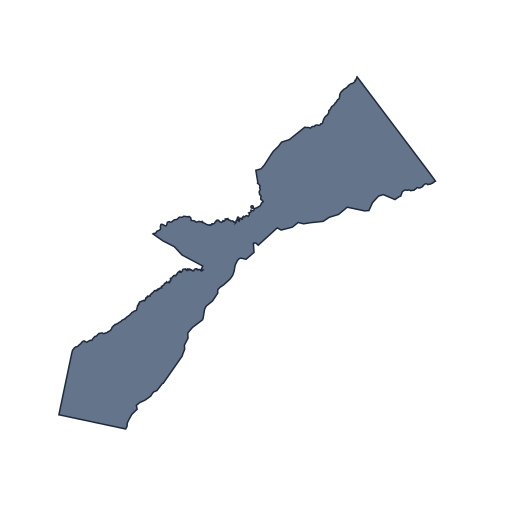 outline of Manoel Urbano, Acre, Brazil, rotated 12°
{"feature_id": "56859067B24533287655933", "entity_name": "Manoel Urbano", "entity_type": "district", "adm_level": 2, "iso_a3": "BRA", "parent_name": "Brazil", "parent_adm1": "Acre", "projection": "albers", "projection_center": [-69.938, -9.396], "detail": "fine", "context": "isolated", "style": "filled", "palette": "slate", "viewbox_px": 512, "rotation_deg": 12, "n_neighbors": 0, "source": "geoboundaries", "source_scale": "gbopen_adm2", "svg_char_len": 6131}
<svg xmlns="http://www.w3.org/2000/svg" viewBox="0 0 512 512"><g transform="rotate(12 256 256)"><path d="M238.0,172.2L242.3,183.2L242.4,184.6L243.7,185.1L244.8,185.9L245.5,187.1L245.2,188.1L245.5,188.8L246.1,189.4L246.3,190.2L245.8,192.0L245.8,192.8L246.5,194.3L246.7,195.1L248.6,196.4L248.5,197.7L248.9,199.6L250.7,200.4L251.8,201.5L250.8,202.4L250.2,203.4L250.1,205.0L249.4,206.3L246.6,208.8L244.3,210.0L244.6,210.7L244.2,211.9L243.7,212.4L241.6,212.1L241.5,212.7L242.0,213.7L241.5,214.4L239.9,215.3L240.6,215.9L240.9,216.3L240.7,217.8L240.1,218.9L238.6,218.4L238.0,218.5L236.9,219.9L236.3,220.1L235.6,219.7L235.1,220.2L235.0,222.5L234.7,223.1L233.9,222.9L233.5,222.1L232.2,223.2L231.6,222.6L231.2,221.9L230.4,221.6L230.0,221.9L229.8,223.2L230.1,223.9L231.6,224.2L232.4,224.7L232.3,225.5L229.7,224.6L229.3,225.3L229.2,226.2L229.5,227.2L229.0,228.0L229.0,227.4L228.1,227.2L227.3,227.5L227.1,227.0L225.8,226.5L224.2,227.0L222.8,226.3L222.2,226.5L221.0,225.9L220.8,225.2L218.5,226.1L219.1,226.5L218.5,226.8L218.2,227.7L217.6,227.9L217.5,228.5L217.0,228.6L216.4,228.5L216.6,229.1L215.9,229.5L215.3,230.3L213.6,230.1L212.9,229.8L212.5,229.3L212.0,228.9L211.1,228.8L210.4,229.0L210.4,229.7L209.6,230.0L209.6,230.8L209.0,231.2L208.5,232.8L207.3,233.6L206.6,233.5L206.1,233.8L206.3,234.4L206.0,234.8L205.5,234.8L205.1,235.4L204.6,235.1L203.8,235.2L203.4,235.7L202.6,235.5L201.0,235.4L198.8,234.6L197.2,234.5L196.9,233.9L196.4,234.1L196.0,233.5L195.7,234.1L194.9,233.9L194.0,234.1L193.2,233.9L190.5,235.4L188.6,234.4L185.3,234.7L184.2,232.2L183.3,231.6L182.3,231.2L181.6,231.8L177.1,232.1L176.1,233.2L174.9,233.7L173.0,233.9L172.0,235.1L171.7,236.0L170.3,237.1L169.5,237.2L168.3,237.8L166.4,240.2L165.9,240.6L165.0,240.7L163.9,240.4L162.3,241.4L162.1,244.5L161.7,245.2L160.9,245.4L158.4,244.6L156.8,244.6L156.4,245.0L156.3,247.1L157.0,249.2L156.9,249.8L156.2,250.8L153.9,252.4L153.2,254.3L152.6,254.8L151.1,255.3L150.6,255.8L161.6,260.5L174.2,263.9L183.4,270.4L206.0,276.9L205.7,277.9L205.9,278.7L205.4,279.2L205.3,279.8L205.6,280.3L206.3,280.7L207.0,280.7L206.1,281.8L205.6,282.0L205.2,281.2L204.7,281.5L204.4,281.0L203.6,280.9L202.5,281.2L202.1,281.7L201.3,281.7L200.8,280.7L200.1,280.9L199.3,281.2L198.3,282.3L198.2,283.5L196.8,283.7L195.9,282.9L195.3,283.3L194.3,282.6L193.6,282.6L193.2,283.7L192.1,282.7L191.4,283.2L191.9,283.7L191.6,284.5L190.1,283.9L189.5,283.3L189.0,283.7L187.4,284.1L187.0,285.2L187.1,286.0L186.1,287.5L185.5,287.6L185.7,287.1L185.2,286.6L184.4,286.7L183.3,288.0L182.7,289.0L182.8,289.8L182.2,290.2L181.9,290.7L181.9,291.6L181.6,292.1L180.1,291.9L179.5,292.5L179.3,293.3L178.7,293.6L178.5,294.5L178.1,295.2L177.0,295.6L177.0,296.3L177.7,296.9L177.7,297.5L177.6,298.2L176.5,298.7L176.6,299.4L176.9,300.0L176.3,300.2L175.8,299.8L175.2,299.9L174.0,300.8L173.8,300.2L173.4,300.9L172.2,301.9L172.0,303.4L171.2,304.1L170.6,304.9L169.8,305.4L170.4,306.7L169.7,306.7L169.1,307.4L168.3,307.7L168.2,308.4L167.5,308.3L166.9,308.7L167.0,309.6L166.7,310.2L166.1,309.9L165.9,310.6L164.9,310.6L164.4,311.1L163.9,311.0L162.7,313.3L162.0,313.9L161.9,314.4L161.5,314.7L160.6,316.3L160.8,317.1L160.2,317.1L159.2,317.9L158.4,317.7L157.9,318.4L158.3,318.9L157.5,319.9L156.9,320.0L157.0,321.8L156.0,323.1L155.6,322.6L154.3,323.6L153.3,324.0L153.1,324.5L152.0,324.9L151.5,325.5L151.5,326.7L151.1,327.2L151.4,327.8L150.9,328.1L150.8,328.9L150.4,329.4L150.6,330.1L150.4,331.7L150.5,333.5L150.2,334.1L149.6,334.6L148.8,334.9L146.2,337.3L146.0,338.1L145.1,339.1L144.8,340.1L143.6,341.1L143.3,341.8L142.0,342.8L141.8,343.6L140.9,344.4L140.8,344.9L139.3,345.9L137.9,347.2L137.7,347.8L137.2,348.5L135.9,349.4L135.3,350.0L134.9,350.8L134.2,351.1L133.5,351.8L132.3,352.3L132.1,353.1L131.4,353.5L130.1,355.6L129.8,357.5L129.0,359.2L127.9,360.3L127.2,360.6L126.1,362.0L124.1,363.0L123.6,363.5L122.8,363.6L121.5,363.2L118.4,364.5L116.6,367.4L116.1,367.9L115.4,368.0L114.9,368.5L113.3,371.4L112.9,372.7L111.3,372.9L108.4,375.5L106.9,375.3L106.1,374.8L105.4,374.9L104.8,375.1L103.7,376.3L102.6,378.5L101.6,379.5L100.8,380.9L99.6,382.1L99.0,382.2L98.4,382.5L97.5,383.6L96.2,386.2L96.0,389.4L96.2,452.3L164.5,452.3L165.3,449.3L164.8,446.4L165.7,442.3L167.6,436.4L171.6,430.6L170.0,426.9L172.9,423.4L177.5,420.0L182.2,414.8L183.2,412.0L184.1,410.3L187.1,408.2L191.0,400.0L191.7,399.8L204.6,369.2L204.8,367.0L205.6,362.0L204.5,358.0L206.6,350.6L205.3,345.5L208.7,339.1L216.9,329.6L217.2,328.2L216.8,318.7L217.8,315.2L222.8,309.1L226.3,300.3L225.6,297.0L225.9,296.4L227.2,294.2L230.4,290.9L235.5,283.8L237.2,279.8L237.8,275.3L237.5,269.4L238.8,264.2L240.0,262.2L241.3,261.3L243.2,261.2L246.9,261.3L253.3,252.9L250.8,244.1L253.1,243.3L255.9,245.0L270.9,224.1L275.2,225.4L285.6,220.2L290.2,214.5L295.9,214.6L302.4,212.1L314.6,208.1L319.6,202.9L328.1,198.2L335.1,189.3L352.7,189.3L357.0,188.1L358.9,179.6L363.4,171.9L367.7,169.5L380.2,171.9L383.9,168.0L384.4,167.8L385.2,167.2L385.4,165.1L385.6,164.6L385.6,163.2L386.0,162.3L388.1,160.4L389.6,160.4L392.4,159.5L393.8,160.0L395.0,159.4L397.0,158.8L397.5,157.8L398.2,157.4L398.9,156.0L399.4,155.6L400.0,155.5L400.8,155.7L402.6,155.1L404.0,154.0L404.7,153.1L405.4,151.5L406.4,150.5L407.7,149.8L409.2,150.5L409.8,150.0L411.3,149.6L412.1,149.1L412.6,148.5L413.6,148.0L413.9,147.3L414.5,147.1L414.8,146.4L416.0,145.5L407.9,138.2L317.6,59.7L317.4,60.2L317.7,60.8L317.3,61.6L316.9,63.5L316.3,63.7L316.6,64.5L316.2,65.3L314.5,67.2L313.4,67.5L311.2,69.7L310.8,70.2L310.9,70.9L309.5,72.4L309.1,73.1L307.2,74.7L305.4,77.5L304.7,79.0L304.4,80.6L304.7,83.8L304.5,85.0L304.2,85.6L303.4,86.0L303.0,87.3L302.6,87.9L302.6,88.8L301.7,89.7L301.3,91.0L300.6,92.4L298.9,94.2L297.9,97.8L297.0,98.5L297.3,99.9L297.1,101.8L296.0,103.9L295.5,104.2L294.2,106.5L293.7,108.7L293.4,112.3L293.0,112.8L291.9,113.2L291.5,114.4L290.9,114.9L289.5,115.2L288.7,115.1L286.8,115.8L286.3,117.1L284.1,117.6L282.7,119.6L281.2,119.4L279.7,119.5L278.4,119.9L277.0,119.8L264.3,135.3L257.3,139.3L255.2,144.0L251.2,149.9L249.7,153.5L245.3,165.2L242.8,169.7L238.0,172.2ZM243.5,209.7L243.0,208.7L242.9,208.0L242.4,207.6L241.2,207.9L240.8,208.5L241.0,209.4L241.4,210.0L242.8,210.0L243.5,209.7Z" fill="#64748b" stroke="#1e293b" stroke-width="1.5"/></g></svg>